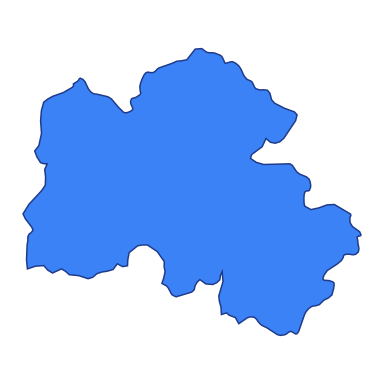 SVG path tracing the border of Houaphan
{"feature_id": "LAO-3288", "entity_name": "Houaphan", "entity_type": "Province", "adm_level": 1, "iso_a3": "LAO", "parent_name": "Laos", "parent_adm1": "", "projection": "robinson", "projection_center": [104.1, 20.28], "detail": "fine", "context": "isolated", "style": "filled", "palette": "blue", "viewbox_px": 384, "rotation_deg": 0, "n_neighbors": 0, "source": "natural_earth", "source_scale": "10m", "svg_char_len": 3270}
<svg xmlns="http://www.w3.org/2000/svg" viewBox="0 0 384 384"><path d="M201.7,48.6L202.9,49.4L205.7,51.6L207.2,52.4L208.9,52.7L213.1,52.8L215.0,53.2L220.2,55.2L221.5,56.2L222.6,57.8L224.5,62.1L225.1,63.2L226.4,63.1L230.5,61.9L232.3,61.7L233.9,62.3L235.7,63.3L237.3,64.5L238.7,65.8L240.9,69.0L243.8,75.4L246.2,78.6L247.7,79.7L250.6,80.9L252.0,81.9L252.9,83.5L254.5,87.1L255.8,88.7L259.5,89.9L263.7,89.8L267.4,90.2L269.9,93.2L271.6,99.8L274.6,103.2L284.1,108.1L294.4,111.9L297.1,114.9L296.9,115.7L295.6,120.7L283.9,138.2L279.9,141.7L275.3,143.2L270.5,142.3L266.0,138.5L262.2,146.7L251.7,154.5L250.5,158.4L256.3,162.4L263.7,164.5L289.9,163.8L292.4,165.4L296.6,171.7L299.5,174.0L306.5,176.9L309.1,179.2L309.8,180.9L310.4,183.3L310.7,185.7L310.5,187.6L309.3,190.5L307.9,190.9L306.4,190.9L304.8,192.1L304.1,194.9L303.9,199.2L304.1,203.5L304.8,206.2L311.0,209.6L318.8,207.9L327.0,204.9L334.4,204.5L350.6,214.1L350.8,215.7L349.8,217.9L350.1,222.7L352.5,226.6L359.6,231.7L361.0,235.0L360.4,235.8L357.9,236.4L357.2,236.9L357.2,238.2L357.7,240.0L358.0,243.9L358.6,246.5L358.9,249.1L358.3,252.0L357.6,252.6L355.7,254.3L353.3,254.8L347.9,254.1L344.4,254.7L343.6,255.7L343.2,257.5L341.5,260.4L337.4,263.9L327.4,270.4L324.0,275.1L322.9,279.0L323.8,280.2L329.2,280.6L332.7,281.8L334.0,283.0L334.1,284.9L333.7,288.4L331.9,295.0L328.3,298.0L323.8,300.2L319.4,304.6L316.0,305.7L313.5,306.0L311.2,306.7L308.3,309.0L306.0,311.8L304.5,314.6L298.7,331.4L297.1,333.7L295.4,333.9L292.2,331.9L290.7,331.4L289.0,332.0L286.2,334.1L284.6,334.8L280.4,335.4L277.3,334.6L266.9,327.8L262.3,325.6L260.7,324.5L258.1,321.7L256.4,319.1L254.3,317.3L250.6,316.8L247.3,317.8L238.8,323.7L235.4,317.6L229.1,315.2L226.6,312.9L221.4,314.5L221.4,314.4L221.0,307.2L219.3,301.0L218.8,295.9L223.0,281.6L222.2,271.6L220.5,275.2L219.8,279.8L216.6,282.8L212.7,284.5L205.8,283.9L199.9,279.6L197.1,282.2L195.1,285.7L194.2,289.8L191.7,292.1L176.1,296.8L173.6,295.7L171.7,294.5L168.1,287.7L166.6,286.0L161.9,283.4L163.8,277.7L165.1,271.6L164.1,266.6L164.3,261.6L157.2,251.5L147.4,245.0L142.3,245.0L137.6,245.8L129.1,252.7L127.8,259.7L127.5,265.8L122.6,266.6L117.3,263.8L113.1,269.5L106.9,271.3L101.8,272.0L96.7,273.8L92.7,277.3L88.1,278.7L78.6,275.6L69.3,274.7L65.5,271.3L61.5,268.9L52.5,273.0L47.6,270.0L43.8,265.6L35.4,266.2L27.4,268.9L26.5,259.9L27.1,244.9L27.9,240.3L27.8,237.0L29.0,234.2L31.3,232.5L33.0,230.0L31.8,227.3L25.4,218.8L23.0,213.9L29.1,204.1L41.5,190.8L45.3,185.2L45.6,177.0L44.7,169.4L45.9,166.9L47.1,163.8L43.7,163.7L40.5,162.6L36.9,156.8L34.7,151.0L38.9,145.6L41.5,133.4L40.6,120.7L41.4,110.7L43.7,102.2L48.0,98.9L52.7,96.3L63.2,92.6L72.6,87.2L73.2,86.1L73.6,85.0L73.4,83.8L73.7,83.7L77.4,81.4L78.7,80.1L79.3,78.8L80.2,78.2L82.8,79.3L85.0,81.7L88.3,88.7L90.3,91.4L91.7,92.6L93.1,93.5L94.7,94.0L96.6,94.1L107.8,96.7L111.4,98.9L118.4,107.2L122.4,111.1L123.0,111.9L123.8,112.4L125.8,112.8L127.4,112.5L129.7,111.7L131.6,110.6L132.7,109.6L132.6,107.9L130.8,103.8L130.5,101.8L131.4,99.0L132.6,98.2L134.1,98.0L136.4,97.1L140.1,94.6L140.8,93.2L140.2,91.1L139.8,86.8L140.5,83.4L142.0,79.2L143.9,75.2L145.7,72.9L147.7,72.1L151.4,72.7L153.2,72.5L154.9,71.6L157.6,68.9L159.0,67.9L172.5,63.2L176.1,61.5L178.0,61.0L180.1,61.0L186.8,59.8L195.2,49.1L201.7,48.6Z" fill="#3b82f6" stroke="#1e3a8a" stroke-width="1.5"/></svg>